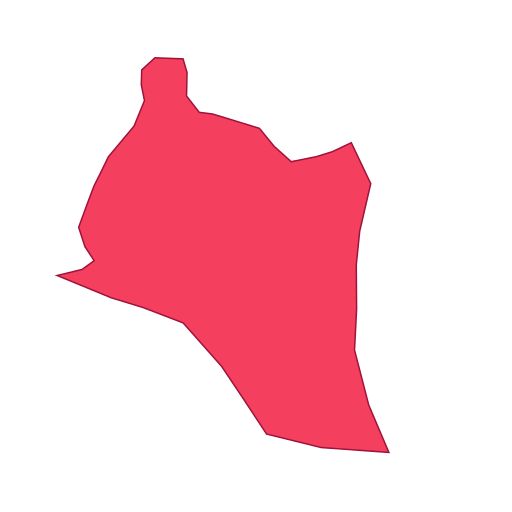 Agios Epifanios Soleas, Nicosia, Cyprus, rotated 287°
{"feature_id": "46923920B95806905806103", "entity_name": "Agios Epifanios Soleas", "entity_type": "district", "adm_level": 2, "iso_a3": "CYP", "parent_name": "Cyprus", "parent_adm1": "Nicosia", "projection": "equal_earth", "projection_center": [32.871, 35.058], "detail": "fine", "context": "isolated", "style": "filled", "palette": "rose", "viewbox_px": 512, "rotation_deg": 287, "n_neighbors": 0, "source": "geoboundaries", "source_scale": "gbopen_adm2", "svg_char_len": 650}
<svg xmlns="http://www.w3.org/2000/svg" viewBox="0 0 512 512"><g transform="rotate(287 256 256)"><path d="M400.6,92.3L386.3,96.2L372.0,103.9L344.6,101.4L307.7,85.8L291.1,83.2L275.6,80.6L255.4,79.3L231.6,78.0L214.9,89.7L204.2,102.6L192.3,93.6L179.2,71.5L173.7,129.9L173.7,162.9L170.7,205.9L140.4,255.4L116.1,285.2L88.8,318.2L91.9,374.4L107.0,440.5L146.4,407.4L194.9,377.7L234.4,367.8L276.8,354.5L310.2,347.9L358.7,344.6L392.2,314.0L378.0,298.4L368.4,284.2L356.5,262.1L366.1,241.4L379.1,221.9L379.1,199.9L379.1,172.7L376.8,159.7L388.7,142.8L411.3,136.4L423.2,128.6L416.0,101.4L400.6,92.3Z" fill="#f43f5e" stroke="#9f1239" stroke-width="1.5"/></g></svg>